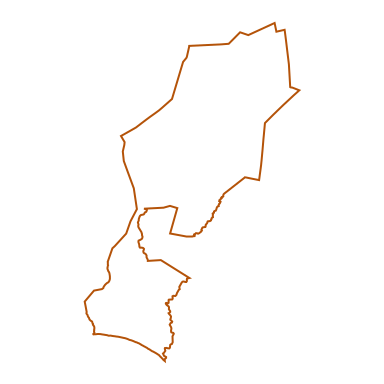 outline of Magdalena Jaltepec, Oaxaca, Mexico
{"feature_id": "50627088B54768587379535", "entity_name": "Magdalena Jaltepec", "entity_type": "district", "adm_level": 2, "iso_a3": "MEX", "parent_name": "Mexico", "parent_adm1": "Oaxaca", "projection": "albers", "projection_center": [-97.263, 17.244], "detail": "fine", "context": "isolated", "style": "outline", "palette": "amber", "viewbox_px": 384, "rotation_deg": 0, "n_neighbors": 0, "source": "geoboundaries", "source_scale": "gbopen_adm2", "svg_char_len": 5488}
<svg xmlns="http://www.w3.org/2000/svg" viewBox="0 0 384 384"><path d="M121.0,136.0L124.6,142.1L124.3,145.0L122.8,151.5L123.8,161.0L127.5,171.2L133.8,188.3L136.9,209.1L130.5,221.3L126.2,233.6L114.8,246.1L114.7,246.2L112.4,248.3L107.7,261.9L107.9,262.8L107.8,264.0L107.8,264.4L108.1,265.2L107.9,265.7L107.7,266.3L107.7,267.0L107.4,268.0L107.6,269.3L108.0,270.2L108.4,271.4L109.0,272.1L109.4,273.2L109.8,275.6L109.9,276.6L109.9,277.7L109.9,278.9L109.7,279.7L109.4,280.7L108.4,282.3L107.2,282.9L105.9,284.0L105.0,284.9L104.5,285.7L103.9,286.4L103.5,287.3L103.3,288.1L101.9,289.1L94.0,290.6L84.7,301.6L85.5,305.7L86.7,312.1L86.4,313.1L86.5,313.6L86.8,314.1L87.1,314.4L87.4,314.7L88.0,316.6L88.5,317.3L88.9,317.7L89.4,319.1L89.5,319.5L90.3,320.3L90.7,320.7L91.2,321.0L91.6,321.2L92.1,321.6L92.3,322.3L92.4,322.9L92.6,323.4L93.0,323.8L93.1,324.2L92.9,324.7L93.2,325.1L93.5,325.6L94.1,326.3L94.3,327.2L94.4,328.1L94.3,328.8L94.1,329.3L94.3,330.0L94.0,331.0L94.1,331.8L94.4,332.5L94.2,332.9L93.9,333.4L93.7,333.7L92.8,334.5L92.7,334.6L93.8,334.2L94.8,334.3L96.1,334.2L97.6,334.0L98.9,334.0L100.5,334.1L102.1,334.4L103.5,334.6L107.2,335.2L108.6,335.7L110.6,335.6L112.1,335.9L113.4,336.1L115.1,336.3L116.1,336.5L117.2,336.6L118.6,336.8L119.5,337.0L120.9,337.3L122.3,337.6L123.6,337.9L124.7,338.1L125.5,338.3L127.6,339.0L129.5,339.9L130.9,340.2L131.8,340.5L133.6,341.2L135.8,342.2L136.6,342.3L137.7,342.9L138.9,343.3L140.2,344.1L140.7,344.3L141.5,345.0L142.5,345.4L143.0,345.7L143.6,346.1L144.7,346.6L145.3,347.0L146.5,347.6L147.2,348.0L148.4,349.0L149.4,349.3L150.0,349.8L150.6,350.2L152.3,351.3L153.2,351.6L153.7,351.9L155.5,352.9L156.5,353.5L157.3,354.0L158.0,354.5L158.9,355.0L159.4,355.6L160.4,356.7L161.1,357.3L161.7,358.0L162.2,358.5L162.4,358.6L163.4,359.9L164.8,361.0L164.6,359.3L166.1,357.9L166.1,357.0L164.0,355.8L163.0,353.5L163.8,353.0L165.3,350.8L164.8,348.6L164.9,348.1L166.4,347.9L167.9,348.3L169.3,348.4L169.9,347.7L170.2,344.9L170.9,344.3L171.9,344.0L172.7,342.2L172.5,336.3L173.8,333.8L173.3,332.9L172.0,332.6L171.3,332.3L171.0,331.0L171.4,328.6L171.3,328.1L171.2,327.4L169.7,324.7L170.6,323.1L171.9,322.5L172.2,321.5L170.3,319.7L170.4,319.0L170.8,318.1L171.0,316.5L170.5,315.5L169.2,314.1L168.6,313.2L169.5,312.7L170.2,312.0L170.2,311.2L168.9,309.3L169.0,307.2L168.6,306.4L166.7,305.0L165.8,303.7L165.9,303.1L166.6,302.9L167.9,303.4L168.6,302.8L168.6,300.0L169.0,299.6L171.5,299.5L172.3,299.4L172.7,298.6L172.5,296.3L173.3,295.8L175.3,296.0L176.3,295.1L177.0,293.0L178.8,289.8L179.7,289.2L179.3,286.9L181.7,282.6L182.5,281.7L183.7,281.5L185.4,282.0L186.3,282.0L186.9,281.0L186.8,279.7L187.0,278.7L188.5,278.2L189.4,278.0L161.8,260.7L160.8,260.1L147.8,260.9L147.8,260.7L147.9,260.3L147.7,259.7L147.5,259.2L147.2,258.5L146.8,257.9L146.5,257.0L146.6,255.7L146.3,255.0L145.8,254.2L144.9,253.5L144.2,253.2L143.7,252.8L143.4,252.0L143.3,251.3L143.4,250.7L143.6,250.3L143.8,249.8L144.0,248.9L143.3,248.1L142.5,247.8L141.7,247.7L141.0,247.6L140.6,247.7L139.9,247.6L139.4,246.7L139.4,246.0L139.3,245.4L139.1,244.1L138.8,243.2L138.5,242.4L138.4,241.5L138.6,240.6L139.5,240.2L140.4,239.8L141.2,239.3L141.9,238.8L142.4,237.7L142.5,236.5L142.2,235.8L142.0,235.0L142.0,234.0L141.7,233.2L141.5,232.3L138.5,227.3L138.2,226.0L138.5,224.5L138.1,223.2L137.9,222.4L138.7,220.6L138.8,219.0L139.1,218.1L139.5,216.9L139.9,216.0L140.8,215.1L141.9,214.8L143.1,214.6L143.7,214.4L144.3,213.7L144.7,212.7L145.1,212.3L145.7,212.1L146.2,211.8L146.6,210.9L146.8,210.6L146.8,209.9L146.8,209.5L147.0,209.2L147.4,208.8L146.8,208.9L146.0,209.2L144.0,208.7L163.5,207.7L170.0,205.9L177.3,208.1L170.1,233.5L186.3,236.5L192.4,236.5L192.9,236.3L194.6,236.1L194.7,235.8L194.7,235.5L194.5,235.3L194.0,234.9L194.1,234.4L194.6,234.1L195.2,234.1L195.9,233.2L196.6,233.2L197.3,233.3L197.7,233.6L198.0,233.7L198.7,233.4L199.3,233.1L199.8,232.6L200.7,232.1L201.0,231.5L201.4,231.3L201.9,230.4L201.5,230.0L201.4,229.8L202.3,227.8L202.7,227.4L203.7,227.3L204.0,227.1L205.3,227.0L205.5,226.8L205.6,226.4L205.6,225.6L205.8,225.2L205.8,224.6L206.4,224.1L206.7,223.6L207.1,223.2L207.3,222.6L207.4,222.3L207.5,221.8L207.7,221.4L208.4,221.3L209.1,221.1L209.7,221.2L210.5,220.8L211.0,220.4L211.1,219.9L211.1,219.6L211.5,219.2L211.5,218.4L211.6,218.2L212.5,217.5L213.0,217.2L213.0,216.9L212.7,216.2L212.8,215.7L212.9,215.1L213.0,214.5L212.6,213.8L212.8,213.4L213.4,213.0L214.0,212.7L214.0,211.5L214.8,210.9L215.7,210.7L216.2,209.8L216.8,207.6L217.3,206.8L218.0,206.4L218.7,206.1L218.5,205.3L219.1,204.4L219.1,203.9L219.8,203.4L220.0,202.9L220.4,202.2L220.5,201.8L219.8,201.6L219.2,201.2L219.4,200.6L219.4,200.2L219.7,200.0L220.3,199.7L220.5,199.1L221.3,198.6L221.6,198.3L221.2,197.8L221.8,197.0L222.3,197.0L222.9,196.8L223.3,196.3L223.2,196.0L223.2,195.4L223.6,194.3L224.1,193.7L244.4,177.8L244.5,177.7L244.9,177.3L245.4,177.4L246.2,177.5L251.5,178.6L259.1,180.1L259.8,174.9L260.7,168.2L261.1,165.1L261.2,164.0L261.6,160.1L262.6,149.2L263.4,139.6L263.9,134.4L264.9,123.6L265.0,123.0L268.2,119.8L273.5,114.5L275.9,112.2L277.2,110.9L280.0,108.2L283.2,105.1L287.3,101.3L293.4,95.6L299.3,90.3L295.2,88.7L292.1,87.5L291.6,87.5L290.7,87.4L290.2,87.1L289.9,81.8L288.9,64.4L287.5,52.9L285.9,39.6L284.8,31.1L284.6,29.8L276.4,31.7L274.6,23.0L254.6,32.2L248.3,35.1L240.1,32.3L228.7,43.8L220.8,44.4L189.2,45.9L189.1,46.9L187.2,55.3L186.8,57.0L186.4,57.9L183.1,61.9L181.5,67.2L177.8,79.6L172.0,99.0L161.7,108.1L159.0,110.4L154.9,113.4L150.1,116.8L146.2,119.7L141.7,123.1L136.0,127.5L121.0,136.0Z" fill="none" stroke="#b45309" stroke-width="2"/></svg>